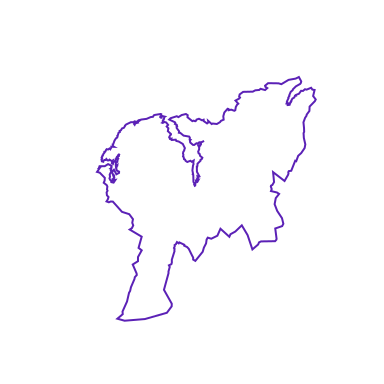 outline of Vefsn nor, Nordland, Norway, rotated 20°
{"feature_id": "86288312B80996435697818", "entity_name": "Vefsn nor", "entity_type": "district", "adm_level": 2, "iso_a3": "NOR", "parent_name": "Norway", "parent_adm1": "Nordland", "projection": "albers", "projection_center": [13.105, 65.821], "detail": "fine", "context": "isolated", "style": "outline", "palette": "violet", "viewbox_px": 384, "rotation_deg": 20, "n_neighbors": 0, "source": "geoboundaries", "source_scale": "gbopen_adm2", "svg_char_len": 6065}
<svg xmlns="http://www.w3.org/2000/svg" viewBox="0 0 384 384"><g transform="rotate(20 192 192)"><path d="M256.8,50.7L253.1,47.4L250.6,50.0L244.4,53.6L239.1,60.1L236.1,60.3L226.3,63.7L224.3,67.1L224.9,68.0L227.2,68.6L225.8,71.2L221.1,71.6L220.3,73.1L216.7,74.8L214.8,76.9L205.8,80.4L203.4,84.0L203.7,86.3L204.8,86.8L204.5,87.9L201.6,91.2L205.3,93.2L204.5,94.5L204.1,97.1L204.7,100.4L204.0,101.2L200.7,101.2L198.5,102.6L197.9,101.5L197.0,101.6L195.2,106.2L195.5,110.1L197.0,113.2L194.9,115.2L194.4,116.8L192.1,119.6L188.0,120.6L187.3,121.4L182.8,119.6L183.6,121.0L182.7,122.4L178.9,121.4L178.2,120.1L177.0,121.2L173.5,120.8L171.5,122.4L171.3,123.9L170.8,124.4L169.1,124.4L168.1,125.3L162.2,123.3L161.7,121.3L159.6,120.8L156.0,123.2L153.6,126.3L151.8,126.0L146.6,130.0L145.8,131.7L152.1,132.3L152.8,132.9L152.7,133.9L154.7,134.1L155.5,135.3L155.0,135.5L155.7,137.1L159.2,139.4L159.4,140.8L160.9,140.5L164.8,141.9L170.4,140.9L171.4,141.7L171.8,143.3L172.8,143.4L172.4,144.3L173.4,146.1L176.8,147.4L178.0,147.0L179.5,144.7L181.1,144.2L181.8,142.8L183.8,142.0L185.9,139.9L183.5,142.4L183.8,143.3L183.5,143.7L184.1,144.2L183.9,145.0L183.8,144.7L183.7,144.7L183.8,145.3L181.9,146.1L183.5,147.7L184.1,149.4L184.0,152.0L185.0,153.4L186.0,153.5L187.3,155.3L190.0,156.2L190.0,157.4L189.0,158.9L189.3,159.7L187.5,163.5L188.1,165.5L188.2,166.5L187.9,166.6L189.7,171.3L193.4,174.6L193.1,174.7L193.1,175.5L191.8,175.4L193.5,178.2L193.6,178.6L193.3,178.6L193.3,179.1L193.9,178.6L193.7,179.9L193.2,179.6L193.6,180.3L192.7,179.6L193.0,180.5L192.0,180.3L192.5,181.3L192.2,182.6L192.8,184.8L192.5,185.2L191.4,184.1L191.6,182.0L191.1,183.0L189.9,182.0L187.4,175.6L186.6,175.1L186.8,174.6L185.0,171.6L183.9,166.8L183.9,165.2L183.2,164.0L182.8,161.9L181.4,163.7L179.8,163.2L177.3,165.4L175.3,164.9L174.4,163.9L173.3,163.9L172.2,162.0L171.4,161.7L171.2,160.0L170.3,158.8L170.1,157.1L170.5,155.7L170.3,155.3L170.3,153.2L166.9,150.0L162.2,149.1L159.8,149.4L158.8,148.4L155.1,150.1L154.4,149.8L154.4,148.9L152.3,150.0L153.1,149.0L151.8,148.3L152.1,146.0L152.6,145.3L152.4,144.7L148.5,143.1L148.0,140.2L145.8,139.1L146.6,137.1L144.0,135.5L142.2,135.6L140.9,137.1L140.5,137.1L140.8,136.7L140.2,135.3L140.2,134.4L140.7,133.8L140.4,130.9L140.7,130.5L137.8,130.8L137.6,131.1L138.0,132.6L137.2,132.8L136.5,132.5L136.4,131.8L137.0,131.0L136.5,129.4L135.9,129.4L130.7,132.3L129.9,133.0L129.6,134.7L127.6,135.7L124.3,138.8L119.5,141.3L117.7,143.6L117.4,143.7L117.5,142.7L117.2,142.9L116.6,144.2L117.3,143.8L117.1,144.9L117.5,145.3L115.2,147.0L115.1,148.4L114.3,147.9L115.0,146.1L116.3,144.9L113.8,145.3L113.3,146.4L110.7,147.3L107.0,151.1L106.3,152.6L106.5,152.9L106.0,155.0L104.5,156.2L104.1,158.3L103.1,159.4L103.7,160.3L102.7,161.5L102.9,163.7L102.6,164.8L103.0,165.0L103.1,166.4L102.2,167.5L101.6,170.2L101.6,174.5L101.3,174.6L101.9,175.9L103.3,176.2L100.7,177.0L101.0,177.7L100.6,179.8L99.6,179.3L98.6,180.8L97.2,180.9L96.9,181.6L96.7,183.8L95.9,184.2L96.2,185.3L95.7,186.3L95.8,187.4L95.7,188.4L95.4,188.4L95.3,190.6L96.0,190.9L96.2,191.7L95.8,192.3L96.8,194.0L98.3,193.9L98.2,192.9L98.7,191.9L99.9,191.5L100.2,190.3L101.8,191.2L103.0,190.8L103.4,189.8L106.1,190.4L106.7,189.6L106.8,192.3L108.1,192.6L108.0,191.5L109.1,188.6L109.4,184.6L110.0,183.6L110.0,182.5L110.9,181.0L110.7,182.6L111.0,183.1L110.5,183.7L110.2,186.5L110.9,186.3L111.3,185.1L111.3,186.0L110.7,187.0L111.1,187.2L111.5,189.3L110.4,189.9L111.0,192.5L111.6,193.7L111.8,193.0L112.3,193.6L112.1,192.7L112.6,192.0L112.8,192.9L112.4,193.9L113.0,196.3L114.2,197.6L116.5,197.8L116.9,199.0L114.9,201.2L111.0,197.7L110.7,198.2L111.0,198.9L110.0,199.5L110.3,200.6L110.0,200.6L112.4,203.5L112.7,202.9L113.4,203.5L113.5,204.7L113.9,204.9L113.6,206.2L114.2,206.4L113.2,207.0L113.5,207.3L113.3,208.3L115.9,206.8L115.1,210.0L112.8,210.3L112.4,209.6L112.6,208.8L111.1,208.7L109.8,207.5L109.7,205.6L108.7,203.8L109.1,200.2L108.5,199.6L108.7,199.4L108.0,197.9L107.4,197.9L107.8,197.2L107.6,196.2L107.9,196.2L107.5,194.9L103.6,194.5L101.2,197.6L96.3,199.4L96.3,200.2L97.6,199.6L96.4,201.7L96.9,201.7L95.9,205.6L98.7,205.4L105.2,208.5L106.0,211.1L105.9,213.5L109.5,214.7L110.6,215.8L111.2,218.6L112.2,219.7L111.9,221.6L113.2,224.2L115.3,225.3L115.4,227.9L114.9,230.1L117.4,230.1L118.9,228.7L120.9,228.1L133.0,234.6L140.6,234.3L145.8,237.7L146.4,241.4L148.2,243.5L147.9,246.5L146.3,248.6L160.0,251.2L160.9,262.8L164.7,264.0L163.5,271.6L164.9,275.5L161.1,280.4L167.8,287.5L168.5,288.9L167.4,291.6L167.7,293.5L167.2,302.4L167.7,306.2L167.3,308.2L168.4,317.1L167.6,328.1L168.7,330.5L165.2,336.6L172.7,336.0L191.2,327.5L209.7,314.1L212.0,306.4L211.2,303.9L199.1,293.5L197.7,276.3L197.1,274.8L196.7,270.0L195.4,268.8L197.3,266.9L197.2,265.2L196.2,262.6L195.8,253.5L195.3,252.7L195.1,251.4L194.2,250.8L194.4,249.1L193.8,247.8L194.7,246.6L195.0,244.2L197.1,244.8L197.4,243.7L202.8,244.2L203.0,245.1L206.2,245.4L208.4,246.5L213.7,251.6L215.5,253.2L216.2,255.1L218.7,255.6L222.5,244.5L222.2,240.2L222.8,235.5L222.0,231.7L222.4,229.5L226.1,229.3L230.8,224.4L231.3,216.8L242.4,221.3L242.6,218.5L246.2,214.4L250.2,206.3L259.0,213.5L268.4,225.3L272.1,218.7L272.2,216.4L273.8,214.8L286.9,209.8L287.6,208.0L287.5,207.1L282.7,197.8L288.4,193.2L288.7,190.6L285.5,185.8L278.5,180.6L273.8,175.2L272.8,169.1L274.5,164.0L272.0,163.4L265.9,164.1L265.9,162.0L264.2,159.9L264.1,159.0L265.1,157.9L265.7,154.6L261.4,145.6L275.2,150.0L276.4,143.0L276.3,141.5L275.7,140.5L275.8,139.3L278.0,138.1L278.3,127.3L279.4,127.4L279.4,121.7L281.3,118.1L282.8,112.2L282.2,108.5L278.6,102.9L276.7,98.5L276.8,97.1L275.4,93.6L272.9,88.4L272.9,83.6L273.5,81.2L273.3,80.0L274.6,75.7L273.3,71.5L276.4,64.6L276.6,62.7L273.0,60.4L272.3,54.2L270.1,54.6L268.3,53.3L264.7,56.6L263.0,56.8L261.7,59.1L259.9,59.6L258.9,63.1L256.3,65.4L256.1,65.9L256.4,66.1L255.8,66.4L255.8,68.2L254.4,69.9L254.0,72.6L254.3,72.7L254.2,73.9L253.8,74.1L253.9,76.7L252.1,77.6L251.8,77.1L252.0,75.9L250.6,76.4L250.7,75.0L250.3,74.8L250.3,73.6L250.6,70.8L250.2,70.3L250.7,68.4L250.3,68.0L250.5,64.1L251.8,61.9L251.7,61.0L253.5,57.2L256.7,53.4L257.0,52.2L256.8,50.7Z" fill="none" stroke="#5b21b6" stroke-width="2"/></g></svg>